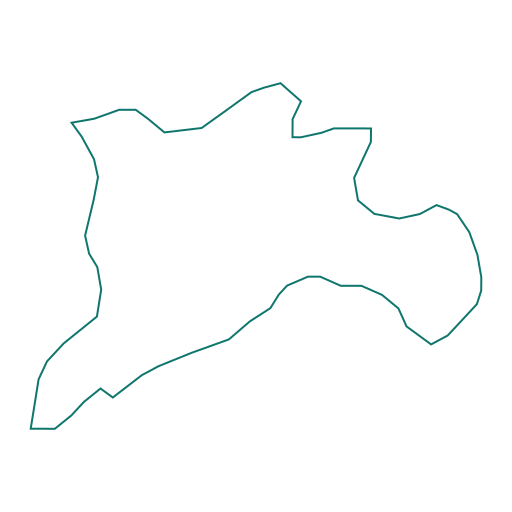 Anak, Hwanghae-namdo, North Korea, rotated 180°
{"feature_id": "82179303B532613620970", "entity_name": "Anak", "entity_type": "district", "adm_level": 2, "iso_a3": "PRK", "parent_name": "North Korea", "parent_adm1": "Hwanghae-namdo", "projection": "equal_earth", "projection_center": [125.436, 38.463], "detail": "fine", "context": "isolated", "style": "outline", "palette": "teal", "viewbox_px": 512, "rotation_deg": 180, "n_neighbors": 0, "source": "geoboundaries", "source_scale": "gbopen_adm2", "svg_char_len": 1096}
<svg xmlns="http://www.w3.org/2000/svg" viewBox="0 0 512 512"><g transform="rotate(180 256 256)"><path d="M80.9,167.6L64.3,176.5L47.6,194.4L35.1,207.9L30.8,221.4L30.7,234.8L34.6,257.3L42.7,279.8L46.1,284.9L54.9,297.9L63.2,302.4L75.5,306.9L92.1,298.0L112.8,293.5L137.6,298.1L154.0,311.6L157.9,334.1L149.5,352.1L141.1,370.1L141.0,383.5L149.2,383.6L161.6,383.6L178.1,383.6L190.6,379.2L211.3,374.7L219.5,374.8L219.4,392.8L211.0,410.7L231.5,428.8L248.1,424.3L260.5,419.9L273.0,410.9L285.4,401.9L310.4,384.0L347.6,379.6L364.0,393.2L376.3,402.2L392.9,402.2L417.7,393.3L440.4,389.3L430.3,375.3L418.0,352.8L414.0,334.8L418.3,312.3L426.9,276.4L422.9,258.4L414.7,244.9L410.8,222.4L415.1,195.4L431.7,182.0L448.3,168.6L465.0,150.6L473.4,132.7L477.7,105.7L481.3,83.3L457.2,83.2L440.6,96.6L428.1,110.1L411.5,123.5L399.2,114.5L370.1,136.9L353.5,145.8L320.4,159.2L295.6,168.1L283.1,172.6L262.3,190.5L241.6,203.9L233.2,217.4L224.9,226.4L204.2,235.3L191.8,235.3L171.2,226.2L150.6,226.2L130.0,217.1L113.6,203.6L109.5,194.6L105.5,185.6L93.2,176.6L80.9,167.6Z" fill="none" stroke="#0f766e" stroke-width="2"/></g></svg>